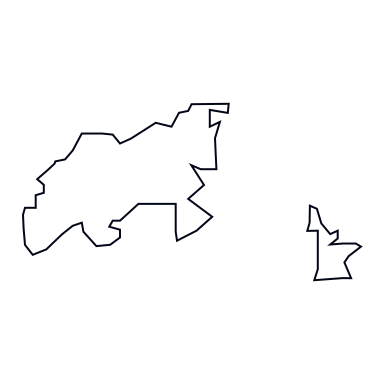 an SVG outline of Islands
{"feature_id": "HKG-5170", "entity_name": "Islands", "entity_type": "state/province", "adm_level": 1, "iso_a3": "HKG", "parent_name": "Hong Kong S.A.R.", "parent_adm1": "", "projection": "natural_earth1", "projection_center": [113.979, 22.247], "detail": "fine", "context": "isolated", "style": "outline", "palette": "ink", "viewbox_px": 384, "rotation_deg": 0, "n_neighbors": 0, "source": "natural_earth", "source_scale": "10m", "svg_char_len": 1040}
<svg xmlns="http://www.w3.org/2000/svg" viewBox="0 0 384 384"><path d="M32.7,254.8L25.0,244.9L23.6,228.3L23.0,214.8L25.0,207.8L35.7,207.8L35.7,195.2L43.8,192.8L43.8,184.8L37.2,179.2L37.7,178.7L47.1,170.6L54.6,163.6L55.3,161.4L65.1,159.4L72.7,150.5L81.8,133.5L101.8,133.5L112.7,134.6L120.0,143.5L130.9,138.6L155.7,122.8L171.5,126.7L179.0,112.8L188.2,110.9L191.6,104.2L228.7,103.8L227.8,112.9L209.8,109.9L209.8,126.7L219.9,121.9L215.0,138.2L216.4,169.2L200.7,169.2L191.3,165.2L204.0,185.0L188.2,198.9L212.2,216.8L196.5,230.7L177.0,240.7L175.7,231.7L175.7,203.9L163.4,203.9L153.2,203.9L138.4,203.9L120.0,220.7L112.7,220.7L109.3,226.7L120.0,229.7L120.0,237.5L110.1,244.8L96.4,246.1L83.4,231.7L81.8,222.7L72.7,225.8L61.8,234.5L46.3,249.4L32.7,254.8ZM342.6,278.1L314.3,280.2L317.8,269.2L317.8,230.7L307.3,230.9L309.6,222.7L309.9,205.7L316.9,208.8L321.3,223.4L330.2,234.1L337.7,230.7L337.7,238.5L330.2,244.5L343.5,243.5L355.7,243.5L361.0,246.6L348.7,256.1L344.4,262.4L351.1,278.2L342.6,278.1Z" fill="none" stroke="#020617" stroke-width="2"/></svg>